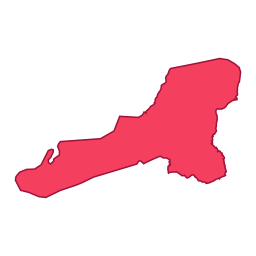 Kota Solok, Sumatera Barat, Indonesia
{"feature_id": "22746128B30699524960223", "entity_name": "Kota Solok", "entity_type": "district", "adm_level": 2, "iso_a3": "IDN", "parent_name": "Indonesia", "parent_adm1": "Sumatera Barat", "projection": "robinson", "projection_center": [100.652, -0.779], "detail": "fine", "context": "isolated", "style": "filled", "palette": "rose", "viewbox_px": 256, "rotation_deg": 0, "n_neighbors": 0, "source": "geoboundaries", "source_scale": "gbopen_adm2", "svg_char_len": 4123}
<svg xmlns="http://www.w3.org/2000/svg" viewBox="0 0 256 256"><path d="M20.6,190.3L28.5,192.3L39.1,196.7L44.5,197.3L45.9,197.5L49.8,195.5L60.1,190.5L76.8,184.8L78.4,184.2L82.4,182.5L93.5,177.1L123.4,168.1L125.1,167.6L136.9,164.0L138.7,161.1L140.7,160.9L143.6,163.7L147.2,161.9L152.0,159.6L160.1,156.2L163.5,158.0L166.4,158.0L169.2,159.4L170.1,159.8L170.1,160.5L170.1,161.0L169.8,161.3L169.3,161.2L169.2,161.2L169.1,161.3L169.2,162.3L169.7,162.8L170.3,163.8L170.5,164.5L170.3,164.9L170.0,165.1L169.6,164.7L169.5,164.3L169.3,164.3L169.2,164.7L169.5,165.7L169.4,166.0L169.2,166.0L168.2,166.2L167.9,166.9L168.1,168.1L167.8,169.0L168.0,169.8L168.0,170.3L168.2,170.7L168.4,171.6L168.2,172.4L168.5,173.2L169.9,172.4L172.3,172.0L177.0,172.1L179.6,173.9L181.9,175.7L183.2,175.7L184.4,175.3L184.7,175.9L185.3,176.1L186.1,177.3L186.5,177.7L187.1,177.9L188.7,177.5L191.0,175.6L191.3,175.4L192.1,175.0L193.5,174.9L194.2,175.7L195.1,177.0L195.3,176.8L195.5,177.3L196.3,177.7L196.6,178.0L197.2,178.7L197.7,179.7L198.3,180.5L199.1,181.0L200.1,180.6L202.4,182.1L204.7,181.9L205.5,182.5L206.1,183.4L206.5,183.3L207.5,183.2L208.1,183.1L210.1,182.5L211.0,182.0L214.1,180.7L216.1,179.2L218.9,178.4L219.5,179.0L219.7,178.7L219.9,177.9L221.0,177.4L221.4,177.2L221.8,176.9L222.4,176.7L222.9,176.6L223.2,176.2L223.7,176.3L224.0,176.3L225.6,175.2L224.7,173.5L225.3,172.5L225.5,172.2L226.2,172.0L226.3,171.7L226.2,171.0L225.8,170.4L225.7,169.4L225.3,168.2L224.9,167.8L224.9,167.4L225.1,167.2L225.1,166.1L225.0,165.8L224.9,164.9L224.8,164.7L224.1,164.3L224.3,163.7L224.2,163.0L224.2,162.5L223.9,162.1L223.8,161.2L224.0,160.5L223.2,159.3L223.2,158.8L223.5,158.7L224.2,158.7L224.4,158.5L224.4,158.4L224.3,158.2L224.3,157.6L224.1,157.2L223.1,155.6L222.9,155.2L222.6,155.1L222.2,155.2L222.3,154.8L222.1,154.3L222.3,153.6L222.2,153.3L222.1,153.1L221.5,153.0L221.0,152.8L220.9,152.8L220.6,152.3L220.4,151.7L219.8,151.0L219.4,151.0L218.9,150.9L217.7,151.6L217.6,151.2L218.0,150.7L217.6,149.8L217.5,149.4L217.3,149.0L217.2,148.6L216.9,148.4L216.6,148.3L216.4,147.7L216.2,147.4L215.6,147.9L215.2,147.4L212.4,144.6L212.2,143.8L211.6,144.0L211.4,143.4L212.5,143.2L212.5,142.6L212.1,141.7L212.1,141.2L211.8,140.9L212.5,140.7L212.7,140.4L212.6,139.5L212.4,139.1L212.5,138.4L212.1,137.1L212.2,136.4L212.7,136.4L212.9,136.8L213.1,136.6L213.1,135.7L212.9,135.2L212.8,134.7L213.6,134.3L214.2,134.4L214.8,133.7L214.9,133.2L215.4,132.8L215.8,131.9L216.3,131.4L216.4,130.8L215.7,128.0L216.3,126.7L216.4,123.7L216.7,121.8L217.2,120.0L217.2,117.8L217.0,116.3L217.0,115.3L216.2,113.7L215.9,112.6L215.8,110.7L216.7,109.3L217.5,108.7L218.7,109.1L219.5,109.1L222.0,109.0L223.0,108.5L224.3,107.9L226.0,106.4L226.4,105.6L228.0,103.5L231.1,101.5L232.2,100.7L233.1,100.4L233.5,100.4L233.9,100.4L234.6,98.9L234.7,99.0L234.9,99.1L235.0,99.7L235.3,99.9L236.7,99.8L237.0,99.6L237.0,99.2L237.1,98.8L237.1,98.5L236.8,98.2L236.5,97.6L236.2,97.3L235.9,96.9L235.8,96.5L236.3,95.9L237.0,95.4L237.5,94.8L237.6,94.6L237.4,94.4L237.4,92.7L237.1,91.9L237.4,90.4L237.4,87.9L237.9,85.5L238.0,85.0L238.1,84.7L238.4,83.1L239.4,82.0L240.1,76.2L240.6,72.0L240.5,71.7L240.1,70.5L239.2,67.5L237.5,66.1L234.5,63.6L227.9,59.8L219.6,58.5L212.3,60.1L209.9,60.6L203.7,61.9L197.9,63.1L196.1,63.5L195.9,63.5L184.9,65.7L170.5,68.5L170.4,68.6L169.5,70.0L169.2,70.5L168.9,71.1L168.8,71.6L168.4,72.6L168.4,73.5L168.2,73.8L167.6,74.2L167.1,75.4L166.1,76.2L166.1,76.9L165.7,77.8L166.1,80.7L165.9,82.0L165.5,82.8L161.8,85.0L161.3,85.8L161.1,88.7L160.9,89.2L160.6,89.5L160.3,90.2L159.8,91.3L159.1,91.8L158.6,92.9L157.7,94.2L156.8,97.2L156.7,97.4L155.9,97.9L155.7,98.6L155.2,99.2L155.1,99.7L155.4,100.9L155.3,101.4L154.2,102.8L154.8,103.5L153.6,104.7L150.8,106.3L149.0,108.7L147.9,109.7L146.0,111.4L146.0,113.2L144.1,112.0L142.5,115.0L140.8,116.0L138.2,117.4L119.7,116.3L114.0,131.0L100.5,138.7L60.3,141.6L58.7,143.7L57.6,146.2L59.4,150.9L59.4,155.0L56.5,157.0L53.7,159.1L53.7,160.9L50.6,164.0L48.6,162.7L48.3,159.9L50.8,157.3L53.3,151.9L53.3,149.8L51.5,149.3L48.3,150.6L41.1,164.8L36.1,168.1L34.6,169.1L26.6,169.4L19.6,172.2L16.0,176.6L15.4,180.2L20.6,190.3Z" fill="#f43f5e" stroke="#9f1239" stroke-width="1.5"/></svg>